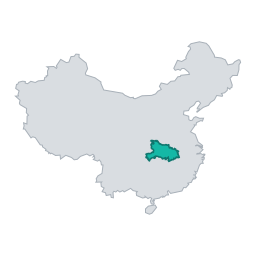 location of Hubei within China
{"feature_id": "CHN-1807", "entity_name": "Hubei", "entity_type": "Province", "adm_level": 1, "iso_a3": "CHN", "parent_name": "China", "parent_adm1": "", "projection": "albers", "projection_center": [112.208, 31.166], "detail": "fine", "context": "in_parent", "style": "filled", "palette": "teal", "viewbox_px": 256, "rotation_deg": 0, "n_neighbors": 0, "source": "natural_earth", "source_scale": "10m", "svg_char_len": 8463}
<svg xmlns="http://www.w3.org/2000/svg" viewBox="0 0 256 256"><path d="M142.6,198.0L136.6,195.5L136.2,192.9L137.3,191.6L133.1,190.6L130.6,188.4L124.2,191.9L122.8,190.6L119.8,192.0L117.6,190.4L115.8,192.0L113.9,191.3L113.0,192.4L113.4,197.8L111.2,197.4L110.7,194.6L106.2,195.5L105.5,192.7L102.1,191.7L104.1,188.0L101.3,186.5L100.9,182.9L101.7,182.0L95.9,182.2L96.7,180.8L96.2,178.7L97.9,175.9L102.0,173.4L103.0,165.0L101.4,164.9L100.9,161.9L99.3,159.9L97.6,161.1L93.3,159.5L94.8,158.0L94.4,156.5L93.0,156.9L94.2,155.5L92.9,154.3L89.9,155.9L86.8,154.0L80.4,156.4L77.3,159.3L74.2,159.8L71.5,157.5L65.8,155.3L60.5,159.1L60.1,155.1L55.6,155.5L51.6,153.2L50.5,153.8L49.6,152.6L48.8,153.5L47.9,151.4L45.5,150.6L46.0,149.3L42.5,146.8L42.4,145.2L40.2,144.8L35.3,137.6L32.7,136.8L31.0,137.9L24.8,129.0L23.3,129.0L24.1,125.9L23.6,122.8L26.9,124.0L27.1,116.2L28.5,115.2L26.3,112.7L26.6,108.5L20.0,104.6L19.4,103.2L20.1,100.3L15.4,96.1L18.5,95.9L18.0,94.6L19.1,90.8L15.7,88.5L16.5,84.4L17.7,84.2L18.7,82.2L22.5,81.2L25.3,81.5L25.2,83.1L27.6,83.7L30.8,81.3L35.3,82.5L38.2,80.9L44.2,80.3L44.8,77.4L46.5,76.8L46.2,75.8L47.7,75.7L47.5,71.0L48.8,68.2L46.9,66.8L53.8,66.5L56.4,68.4L57.1,67.1L56.3,66.0L60.7,59.4L66.3,62.6L68.9,62.1L71.0,56.6L74.2,56.3L75.9,54.1L79.1,54.4L79.0,57.3L86.1,63.0L87.6,68.7L85.4,73.2L85.8,74.9L95.0,77.8L101.0,82.0L100.8,83.2L103.7,90.0L122.5,93.2L124.8,95.2L130.4,97.7L133.4,97.3L133.3,98.3L135.1,98.8L142.0,95.8L151.6,95.4L155.6,93.9L157.9,91.2L161.3,89.4L159.4,86.3L161.2,83.0L167.3,84.4L170.8,81.3L174.8,80.9L177.8,76.8L180.5,76.4L180.8,75.3L189.4,74.4L188.7,72.2L184.2,68.5L181.7,68.6L180.3,70.3L178.2,69.3L175.2,70.3L173.8,68.3L177.5,60.3L181.7,61.5L186.3,58.7L185.8,57.2L188.5,51.5L190.6,49.1L190.1,47.0L188.1,46.5L191.0,43.7L199.4,41.8L206.2,43.3L208.9,46.0L214.3,55.2L214.5,57.1L221.3,58.0L225.3,59.8L227.8,64.9L232.8,63.9L234.8,61.7L238.5,59.7L239.8,60.0L240.6,62.4L239.0,64.7L238.9,69.8L237.3,75.5L232.7,75.4L230.0,78.3L232.2,85.0L231.9,87.4L229.6,88.6L230.2,89.5L227.5,87.6L227.2,90.4L224.6,92.8L221.4,93.5L222.6,95.2L222.2,96.3L216.7,95.5L214.4,99.8L210.5,102.4L208.5,105.3L203.2,107.4L197.1,112.2L196.8,111.3L198.9,110.2L199.3,108.8L197.3,109.0L197.2,108.2L200.6,103.2L198.7,101.1L196.3,101.6L193.9,105.1L189.9,107.7L188.5,110.6L183.9,111.1L183.5,114.6L188.7,116.2L188.9,119.7L190.3,120.5L192.2,120.3L193.9,117.6L195.8,116.7L199.5,118.3L203.5,118.2L202.5,121.1L200.8,120.6L196.5,122.6L196.0,125.1L194.2,124.9L194.7,125.9L190.5,131.8L195.2,134.3L198.2,142.1L202.6,145.5L202.4,146.5L197.0,144.9L195.1,145.9L197.9,145.5L203.0,149.6L199.3,153.3L197.4,153.4L196.3,154.2L200.8,153.6L204.5,155.4L202.2,157.5L204.2,157.3L204.2,159.1L202.1,159.3L203.2,160.1L202.5,161.7L203.2,163.3L201.2,163.3L199.5,165.0L197.0,172.0L194.9,171.4L196.3,173.6L194.6,175.1L193.1,174.8L195.3,175.3L195.5,178.3L193.5,178.1L194.1,179.1L192.7,179.3L191.4,182.3L187.8,183.2L188.8,184.3L185.8,187.7L183.7,187.5L181.9,191.0L170.6,193.4L168.3,190.6L167.4,191.5L168.5,194.9L166.4,195.0L164.0,197.1L163.0,196.1L162.7,197.3L161.1,196.7L159.5,198.1L153.9,199.2L152.7,201.1L154.3,203.2L153.5,204.2L151.3,203.9L150.4,201.1L151.7,198.4L150.0,197.4L148.0,198.6L145.0,196.2L145.1,197.5L142.6,198.0ZM155.0,205.0L156.6,207.4L152.0,213.2L149.4,214.2L145.5,212.6L145.5,208.9L148.4,206.1L155.0,205.0ZM202.9,147.5L201.4,147.3L200.0,146.2L201.1,146.3L202.9,147.5ZM205.3,154.3L204.2,154.7L203.9,154.1L205.3,154.3ZM196.4,177.2L195.8,178.0L195.9,177.0L196.4,177.2ZM153.3,200.8L154.4,200.4L154.3,201.0L153.3,200.8Z" fill="#d9dde1" stroke="#a8b0b8" stroke-width="1"/><path d="M153.0,152.5L153.3,152.4L153.5,152.1L153.5,151.6L153.4,151.2L153.5,150.9L153.7,150.7L153.6,150.4L153.6,150.1L153.4,149.7L152.8,149.2L152.7,149.0L151.9,148.8L151.8,148.4L151.6,148.0L151.3,147.9L151.4,147.5L151.4,146.9L151.7,146.3L151.5,146.0L151.4,145.6L151.1,145.4L151.0,145.1L150.9,144.9L151.0,144.8L151.3,144.6L151.3,144.0L151.5,143.9L151.6,143.7L151.9,143.8L152.1,143.7L152.3,143.8L152.6,143.7L153.2,144.0L153.4,143.8L153.4,143.7L153.7,143.7L153.8,143.6L153.7,143.4L153.8,143.1L153.6,142.6L153.1,142.3L152.9,142.2L152.7,142.1L152.4,142.2L152.1,142.1L152.2,141.9L152.2,141.5L152.2,141.4L151.7,141.1L151.4,141.1L151.1,141.0L150.9,140.9L151.2,140.5L151.5,140.5L151.8,140.4L152.1,140.5L152.6,140.5L153.0,140.7L153.6,140.7L153.7,140.8L153.9,140.9L154.1,141.0L155.0,140.9L155.3,140.6L155.5,140.6L155.6,140.8L155.7,141.0L155.9,141.1L156.1,141.3L156.3,141.3L156.2,141.2L156.5,141.0L156.5,140.8L156.9,140.8L157.0,140.6L157.3,140.8L157.7,141.1L157.8,141.3L158.0,141.6L158.2,141.8L158.1,142.1L158.3,142.3L158.7,142.6L159.0,143.0L159.3,143.3L159.4,143.5L159.5,143.7L159.5,143.8L159.9,143.7L160.0,143.7L160.3,143.8L160.5,144.2L161.3,144.4L161.4,144.6L161.7,144.5L162.0,144.8L162.4,144.8L162.7,145.1L162.9,145.0L163.2,145.0L163.3,144.9L163.6,144.9L164.0,144.9L164.6,145.0L165.0,144.9L165.6,144.8L165.6,144.7L165.8,144.6L166.1,144.9L166.4,144.7L166.5,144.7L166.7,144.9L166.9,145.0L167.0,145.2L167.4,145.3L167.8,145.2L168.0,145.0L168.1,144.8L168.4,144.7L168.5,144.7L168.9,145.0L168.8,145.3L168.9,145.8L168.7,146.0L168.9,146.5L168.9,146.8L169.2,147.1L169.3,147.5L169.5,147.4L169.6,147.5L169.6,147.9L169.9,147.9L170.1,147.9L170.4,147.4L170.9,147.6L171.0,147.8L171.3,148.0L171.7,147.9L171.9,147.9L172.1,147.9L172.2,148.0L172.1,148.4L172.1,148.5L172.1,148.8L172.5,148.8L172.8,149.0L173.0,149.0L173.5,149.1L174.0,149.2L174.4,149.0L174.6,148.6L174.9,148.9L174.9,149.1L174.9,149.3L175.2,149.6L175.5,149.5L175.6,149.4L175.7,149.8L175.9,149.9L176.0,150.1L176.3,150.3L176.5,150.7L176.7,150.4L176.9,150.4L177.1,150.5L177.4,150.8L177.6,150.8L177.8,150.8L177.9,151.0L178.0,151.1L178.1,151.3L178.3,151.2L178.5,151.3L178.5,151.5L178.4,151.6L178.1,151.9L177.9,152.0L177.8,152.3L177.8,152.5L177.7,152.6L177.4,152.6L177.4,153.0L177.5,153.2L177.6,153.3L177.9,153.5L178.2,153.9L178.2,154.0L178.0,154.4L177.9,154.5L178.1,154.8L178.3,154.9L178.4,155.1L178.6,155.3L178.8,156.1L178.8,156.5L179.1,156.8L179.1,157.1L179.2,157.4L178.5,157.6L178.1,157.7L177.9,157.7L177.4,157.3L177.3,157.1L176.5,157.1L176.3,157.1L176.1,157.5L176.1,157.9L175.7,158.2L175.4,158.4L175.0,158.2L174.6,158.2L174.8,158.3L174.9,158.5L174.8,158.9L174.7,158.9L174.6,158.7L174.1,158.7L174.1,158.8L174.0,159.0L173.9,159.0L173.8,158.9L173.8,159.0L173.6,159.2L173.5,159.5L173.3,159.7L173.2,159.7L172.8,159.6L172.0,159.9L171.8,159.8L171.5,159.9L171.3,159.7L171.2,159.8L171.1,160.3L170.7,160.5L170.3,160.5L170.0,160.7L169.6,161.2L169.4,161.1L169.0,160.9L168.9,161.0L168.7,161.2L168.5,160.9L168.5,160.5L168.5,160.4L168.4,160.4L168.2,160.3L168.2,160.1L168.3,159.9L168.5,159.7L168.8,159.3L168.8,159.1L168.6,158.9L168.6,158.6L168.5,158.2L168.4,158.1L168.0,158.2L168.0,157.8L168.2,157.3L168.2,157.2L167.9,157.4L167.6,157.7L167.5,157.8L166.5,158.9L166.3,159.2L166.2,159.3L166.1,159.1L166.0,159.4L165.9,159.4L165.9,159.1L165.7,159.0L165.4,159.2L165.3,158.6L165.3,158.4L165.7,158.1L165.8,157.9L165.7,157.8L165.4,158.1L165.3,157.8L165.2,157.7L164.8,157.9L164.6,158.2L164.4,158.2L164.3,158.4L164.3,158.5L163.8,158.5L163.5,158.4L163.3,158.4L163.0,158.8L162.6,158.9L162.6,158.6L162.4,158.5L162.3,158.3L162.1,158.4L161.9,158.1L161.1,157.4L160.8,157.3L160.3,157.0L160.0,157.1L159.6,157.1L159.2,156.9L158.8,157.0L158.7,156.8L158.2,156.5L157.3,156.3L156.9,156.3L156.3,156.1L156.0,156.1L156.0,156.4L155.9,156.5L155.6,156.4L155.2,156.3L154.8,156.5L155.0,156.6L154.9,156.8L154.9,157.0L155.0,157.3L155.3,157.6L155.3,157.8L155.0,158.0L154.9,158.0L154.7,157.9L154.6,158.0L154.4,158.3L154.0,158.2L153.7,157.8L153.5,157.7L153.3,157.6L151.9,157.8L151.7,158.0L151.5,158.5L151.3,158.5L151.2,158.4L150.8,158.5L150.7,158.6L150.5,158.8L150.4,158.8L150.3,159.0L150.2,159.2L150.1,159.3L150.1,159.5L149.9,159.7L149.9,160.0L149.6,160.3L149.6,160.5L149.5,160.8L149.3,160.9L148.8,160.3L148.5,159.9L148.1,159.6L148.2,159.4L148.0,159.1L147.9,159.0L148.1,158.5L148.0,158.3L148.0,158.2L147.4,158.0L147.2,157.9L147.1,157.3L147.0,157.2L146.9,157.1L146.6,157.4L146.5,157.7L146.4,157.8L146.3,157.7L146.1,157.6L146.1,157.4L146.0,157.2L146.4,157.1L146.5,157.0L146.6,156.9L146.5,156.7L146.6,156.4L146.6,155.6L146.7,155.1L146.6,154.9L146.1,154.6L146.0,154.4L146.1,154.1L146.9,153.9L147.0,153.8L147.1,153.6L147.3,153.6L147.4,153.8L147.5,153.8L147.8,153.7L148.1,153.7L148.3,153.5L148.5,153.4L149.0,153.5L149.3,153.7L149.8,153.5L150.0,153.6L150.3,153.6L150.5,153.5L150.8,153.3L151.0,153.3L151.1,153.1L151.4,153.0L151.5,152.7L151.8,152.5L152.4,152.1L152.5,152.1L152.8,152.4L153.0,152.5Z" fill="#14b8a6" stroke="#0f766e" stroke-width="1.5"/></svg>